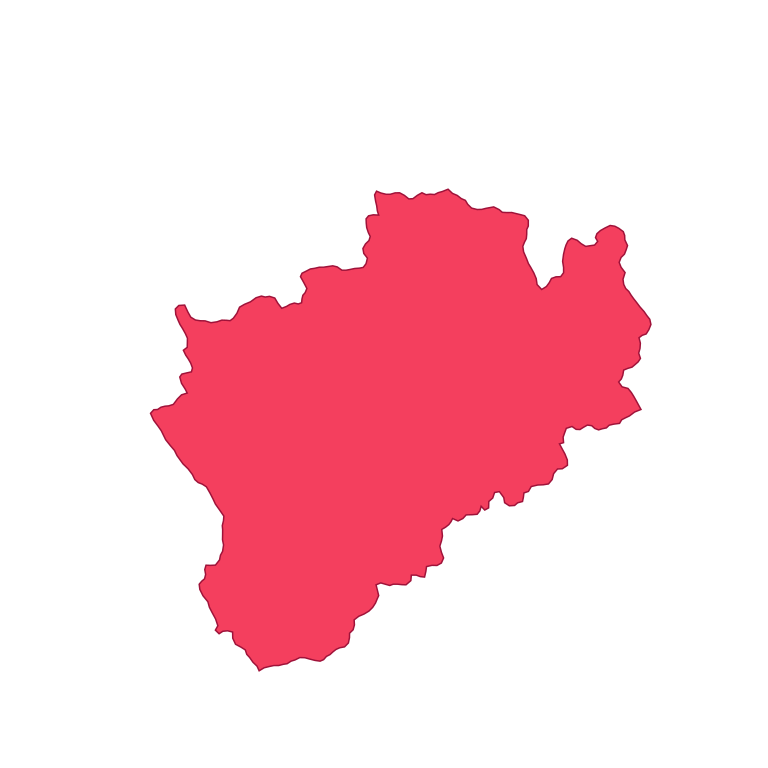 Piumhi, Minas Gerais, Brazil (Natural Earth projection), rotated 143°
{"feature_id": "56859067B73067757776570", "entity_name": "Piumhi", "entity_type": "district", "adm_level": 2, "iso_a3": "BRA", "parent_name": "Brazil", "parent_adm1": "Minas Gerais", "projection": "natural_earth1", "projection_center": [-46.063, -20.459], "detail": "fine", "context": "isolated", "style": "filled", "palette": "rose", "viewbox_px": 768, "rotation_deg": 143, "n_neighbors": 0, "source": "geoboundaries", "source_scale": "gbopen_adm2", "svg_char_len": 4911}
<svg xmlns="http://www.w3.org/2000/svg" viewBox="0 0 768 768"><g transform="rotate(143 384 384)"><path d="M357.2,211.3L352.8,208.4L348.8,208.7L344.1,206.8L340.8,209.7L337.8,212.8L333.3,211.3L328.1,213.5L322.0,210.8L317.5,207.7L312.8,205.2L307.2,206.5L302.5,210.3L296.6,211.7L292.6,209.0L286.4,208.7L283.3,213.0L281.6,219.3L280.9,224.1L279.9,230.6L275.9,229.1L272.9,233.8L269.1,236.3L265.1,238.9L259.4,236.9L257.9,232.2L254.9,229.7L251.0,229.4L246.3,228.8L243.2,225.7L242.4,221.6L240.2,218.2L236.6,216.9L232.8,215.1L229.0,215.6L224.7,213.7L219.6,210.8L215.7,212.4L211.5,211.7L207.3,210.8L200.7,210.8L194.1,209.0L192.8,217.8L192.0,223.8L191.6,228.4L191.8,233.6L195.6,238.5L195.4,244.4L191.4,245.2L188.0,247.3L184.2,250.9L179.7,249.7L175.8,248.2L172.1,248.4L167.8,248.7L163.8,250.1L162.0,255.4L158.2,258.3L154.7,262.3L152.5,267.5L148.5,267.5L144.5,266.2L139.8,268.0L135.0,270.9L132.8,275.7L132.9,280.6L132.7,285.2L133.2,291.6L133.2,297.1L133.3,301.7L133.2,306.2L132.8,310.6L133.5,314.8L132.6,319.3L130.1,323.8L124.4,327.9L124.4,334.6L123.0,339.6L118.5,342.4L113.8,343.0L109.9,345.4L106.2,348.0L104.9,354.2L102.4,357.8L101.2,361.7L102.8,367.1L104.7,371.1L108.0,374.5L113.6,375.6L118.9,376.3L123.5,375.9L127.0,373.6L127.5,369.3L132.2,368.2L135.8,370.2L140.1,372.5L142.1,377.4L143.2,382.5L146.4,387.5L151.0,387.5L154.9,385.5L158.2,383.2L162.6,379.5L167.5,374.5L170.5,368.9L173.6,364.8L178.3,363.4L182.2,366.1L186.7,367.5L191.0,365.5L195.6,364.1L201.2,364.6L201.9,371.3L199.0,376.6L197.5,382.6L196.6,389.0L196.2,393.2L194.7,398.4L193.0,405.5L190.3,410.4L186.3,412.8L182.9,414.4L179.9,417.7L177.0,421.5L173.7,423.3L170.2,427.9L170.4,433.7L172.9,436.9L175.7,440.3L178.8,444.1L182.5,446.8L186.2,449.9L187.1,454.0L189.8,459.4L193.6,461.3L197.0,463.0L200.8,464.6L204.6,467.3L208.2,471.8L209.0,477.1L208.5,481.7L210.7,485.6L212.0,490.5L214.6,495.0L215.6,501.0L221.5,502.6L225.6,504.2L229.6,504.9L232.9,507.8L236.5,509.9L238.6,513.9L243.7,514.6L249.4,514.6L252.8,516.9L254.2,522.4L256.4,527.2L260.0,529.9L264.7,531.7L268.2,534.3L271.6,538.5L273.9,542.5L277.7,540.7L280.7,535.0L282.6,530.7L285.1,526.3L286.6,522.1L290.8,525.6L295.1,527.6L298.9,526.7L301.4,523.1L303.7,519.3L305.4,514.3L306.2,510.1L309.7,507.6L314.5,507.0L319.3,504.9L321.6,500.4L321.5,494.5L325.9,490.9L330.4,489.6L333.9,491.3L337.9,493.9L342.6,496.1L345.8,497.7L349.1,500.2L350.9,505.7L353.8,509.2L357.8,511.4L361.9,513.6L365.4,516.2L369.7,518.1L373.6,520.2L377.9,520.9L382.8,521.8L386.1,520.0L387.0,513.5L388.1,506.7L392.0,504.4L395.4,503.7L398.3,501.3L400.9,498.5L404.3,499.5L406.9,502.6L411.3,504.2L415.1,504.6L420.1,506.0L420.2,512.3L419.5,518.4L422.7,522.9L426.5,524.9L429.0,528.0L434.3,529.9L441.2,530.0L447.5,531.6L453.1,532.3L458.9,529.0L464.7,527.2L468.8,527.2L471.5,529.7L475.1,532.6L480.0,534.2L485.3,537.1L488.9,542.1L492.7,545.1L496.1,548.6L498.1,553.7L497.3,559.6L495.7,567.0L500.6,570.2L505.5,569.5L508.5,564.8L510.2,558.3L511.1,554.3L511.5,549.5L512.3,543.8L513.4,538.9L515.9,535.7L519.1,531.7L523.9,531.7L525.0,526.3L525.2,522.0L525.8,517.1L527.3,512.1L530.5,509.6L534.9,511.6L539.5,513.6L542.9,512.5L545.3,506.4L545.8,499.7L546.6,495.2L552.2,497.2L557.9,496.4L564.5,494.5L569.1,496.1L572.3,498.1L576.1,499.7L580.2,499.9L583.3,502.0L588.1,501.1L589.8,493.5L589.8,486.4L590.0,480.7L590.9,476.1L591.9,470.9L591.7,463.4L591.3,457.1L592.4,451.3L592.6,441.2L591.5,434.1L591.5,426.9L592.6,421.5L591.7,417.1L589.4,413.4L587.7,408.8L588.6,401.6L589.7,395.2L590.9,389.6L591.1,382.6L591.4,374.9L594.5,371.4L598.4,368.2L600.5,364.8L603.1,361.4L606.7,356.8L609.0,352.0L613.6,347.5L617.6,345.7L621.2,342.5L627.6,340.8L631.9,343.7L635.2,346.4L638.8,343.7L641.1,339.2L644.6,336.4L648.3,336.2L652.1,335.3L654.7,330.8L656.0,323.8L655.7,316.1L657.8,310.8L658.8,305.0L659.9,297.7L662.2,290.9L666.8,288.9L666.0,283.8L661.5,283.5L657.4,281.0L654.2,277.0L657.8,272.0L659.2,265.5L656.5,259.7L654.8,255.1L656.3,250.7L655.9,246.5L656.1,240.6L655.2,235.1L656.3,230.1L650.5,229.5L645.6,227.4L641.5,225.5L637.4,222.5L633.0,220.7L629.7,218.9L625.0,218.6L621.2,217.2L615.9,216.2L611.9,213.0L609.0,209.2L605.4,204.7L601.8,201.1L598.1,200.2L593.9,201.1L590.0,200.4L586.1,200.8L582.1,200.9L578.1,200.0L573.7,197.8L568.3,198.6L564.2,202.2L561.5,205.7L556.6,206.3L552.6,209.4L549.8,213.6L544.0,213.7L538.4,212.3L532.7,211.7L527.5,212.4L522.6,214.2L518.7,216.5L515.6,218.2L513.9,222.1L511.2,228.4L506.3,227.1L503.3,223.1L500.6,219.6L497.2,218.6L493.7,216.0L490.5,213.0L487.3,210.4L480.9,210.8L477.2,214.9L473.2,211.9L471.0,208.4L467.8,205.4L463.5,209.0L459.9,212.6L454.8,210.3L450.9,207.2L445.9,206.5L441.1,209.2L439.4,215.1L437.0,220.9L432.5,224.1L428.8,227.4L425.4,233.1L420.8,232.6L416.8,232.7L413.4,233.7L410.2,235.3L407.3,230.1L402.0,229.1L397.1,230.0L392.0,226.4L388.0,223.9L383.8,225.0L380.0,227.9L379.4,222.7L375.0,222.1L371.0,227.1L365.8,227.5L361.0,230.8L356.6,228.6L356.7,221.2L359.1,216.6L357.2,211.3Z" fill="#f43f5e" stroke="#9f1239" stroke-width="1.5"/></g></svg>